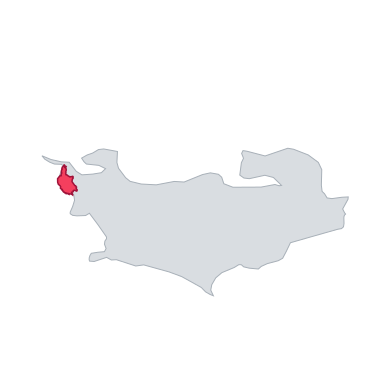 location of Corredores, Puntarenas, Costa Rica, rotated 144°
{"feature_id": "36466004B38265631296352", "entity_name": "Corredores", "entity_type": "district", "adm_level": 2, "iso_a3": "CRI", "parent_name": "Costa Rica", "parent_adm1": "Puntarenas", "projection": "orthographic", "projection_center": [-82.937, 8.537], "detail": "fine", "context": "in_parent", "style": "filled", "palette": "rose", "viewbox_px": 384, "rotation_deg": 144, "n_neighbors": 0, "source": "geoboundaries", "source_scale": "gbopen_adm2", "svg_char_len": 5177}
<svg xmlns="http://www.w3.org/2000/svg" viewBox="0 0 384 384"><g transform="rotate(144 192 192)"><path d="M315.5,196.3L315.0,197.7L313.8,199.2L311.9,200.6L309.5,201.6L303.6,198.6L297.9,195.2L294.7,196.8L293.5,201.2L291.3,203.5L288.7,204.4L287.6,205.9L287.3,221.0L287.5,235.1L291.9,235.5L299.2,240.4L302.3,243.3L303.3,246.0L302.4,247.3L297.1,250.4L291.9,254.3L289.3,259.2L293.8,267.1L294.8,272.4L294.6,278.1L293.4,280.7L283.3,287.2L281.1,289.5L281.3,291.1L286.9,295.5L289.6,299.8L291.8,305.0L292.1,309.5L287.0,301.2L280.0,293.2L273.9,288.3L273.5,276.8L271.0,270.6L261.9,264.9L254.0,260.9L248.2,261.7L251.7,268.3L261.0,276.7L261.6,280.0L261.4,284.3L255.1,283.6L249.5,281.9L242.7,281.3L238.1,278.7L228.5,268.6L235.4,260.0L237.5,254.4L237.3,242.6L235.8,237.0L228.4,228.3L216.7,218.8L200.2,211.0L192.5,204.7L173.2,199.9L165.9,196.7L160.2,190.8L159.3,186.5L161.4,180.0L156.1,171.8L133.3,155.4L120.5,149.3L117.8,145.8L115.7,144.7L117.6,155.9L123.2,162.7L137.8,169.1L141.8,172.8L143.4,177.6L134.8,186.7L130.5,189.0L129.2,194.0L126.4,195.5L123.5,192.6L111.7,178.2L88.8,171.1L84.7,166.9L76.2,153.7L72.4,141.7L73.9,133.8L83.4,121.4L86.4,116.0L85.8,112.7L86.2,107.8L82.7,104.4L74.1,99.8L68.5,96.2L70.1,94.4L80.1,89.7L80.8,85.4L80.7,83.9L82.4,83.6L83.8,82.5L84.7,81.3L87.5,77.2L89.9,74.8L92.6,74.5L96.0,76.2L108.5,80.8L122.4,85.9L142.2,93.1L150.5,88.6L157.6,85.1L162.6,85.7L173.2,89.8L179.7,91.1L183.6,90.7L190.4,96.7L194.2,101.1L194.8,104.1L196.8,105.7L202.2,106.1L215.2,109.2L223.2,108.6L230.5,105.4L234.5,101.6L235.7,95.5L237.6,98.5L239.7,103.2L240.6,109.3L250.0,129.5L257.5,140.8L273.9,161.4L281.0,165.2L293.0,181.7L297.2,184.4L299.5,189.3L312.0,193.3L315.5,196.3Z" fill="#d9dde1" stroke="#a8b0b8" stroke-width="1"/><path d="M284.7,260.5L284.4,260.7L284.2,260.8L283.9,260.9L283.8,261.0L283.6,261.4L283.7,261.6L283.8,261.9L283.8,262.2L283.8,262.3L283.6,262.4L283.6,262.5L283.5,262.8L283.5,263.2L283.4,263.3L283.2,263.5L282.9,263.6L282.6,263.7L282.5,263.8L282.5,264.0L282.6,264.3L282.7,264.5L282.6,264.8L282.5,265.1L282.5,265.4L282.5,265.5L283.0,266.0L283.0,270.9L281.2,272.8L280.8,272.8L280.4,272.8L280.2,273.0L279.9,273.3L280.0,273.6L279.9,273.7L279.7,273.7L279.5,273.9L279.4,274.1L279.2,274.3L279.2,274.6L279.3,274.8L279.5,274.9L279.7,275.0L279.8,275.0L280.3,275.1L280.5,275.3L280.8,275.5L281.0,275.6L281.3,275.8L281.6,275.8L281.9,275.9L281.9,276.0L282.0,276.5L282.3,276.8L282.4,277.0L282.6,277.3L282.7,277.5L282.7,277.9L282.8,278.0L282.9,278.3L282.9,278.5L283.0,278.7L283.1,278.9L283.1,279.4L283.2,279.5L283.3,279.7L283.4,279.8L283.6,279.9L283.8,280.0L283.8,280.3L283.7,280.4L283.6,280.5L283.3,281.1L283.2,281.2L283.2,281.4L283.1,281.5L282.9,281.6L282.7,281.7L282.6,281.8L282.5,282.0L282.4,282.1L282.3,282.3L282.2,282.5L282.0,282.8L281.9,282.9L281.7,283.0L281.3,283.3L281.0,283.5L280.9,283.6L280.6,284.1L280.5,284.3L280.4,284.4L280.3,284.5L280.2,284.8L280.2,285.3L280.0,285.6L279.9,285.8L279.7,286.0L279.3,286.4L279.0,286.5L278.9,286.5L278.9,286.8L279.0,286.9L279.6,286.9L279.8,286.8L279.9,286.7L280.0,286.6L280.3,286.4L280.5,286.6L279.8,287.6L279.5,287.8L279.4,287.9L279.4,288.0L279.3,288.5L279.4,289.0L279.5,289.1L279.9,288.9L280.1,288.9L280.3,288.8L280.4,288.7L280.6,288.6L280.9,288.4L281.6,288.4L281.8,288.3L282.2,288.3L282.3,288.3L282.3,288.2L282.8,287.9L283.0,287.7L283.3,287.4L283.5,287.4L283.6,287.2L283.8,286.9L283.9,286.6L284.0,286.6L284.3,286.6L284.5,286.4L284.8,286.1L285.0,286.0L285.2,285.9L285.3,285.7L285.5,285.4L285.8,285.1L285.8,284.9L285.9,284.7L286.0,284.6L286.0,284.4L286.3,284.3L286.5,284.2L286.5,283.7L287.9,282.9L288.2,282.1L289.5,282.7L290.0,282.5L292.9,281.8L295.0,278.8L295.6,276.8L295.5,276.7L295.4,276.7L295.4,275.9L295.4,275.7L295.3,275.3L295.2,275.2L295.0,274.6L295.1,274.4L295.1,274.1L295.2,273.7L295.2,273.4L295.4,273.3L295.5,273.2L295.8,272.9L296.0,272.7L296.2,272.4L296.3,272.2L296.2,272.0L296.1,271.9L296.1,271.6L296.0,271.3L296.0,271.2L295.9,271.2L295.8,270.9L295.7,270.7L295.5,270.4L295.8,270.2L295.9,269.8L296.0,269.7L295.9,269.6L295.9,269.4L295.7,269.3L295.7,269.2L295.8,269.2L295.8,268.9L295.8,268.7L295.9,268.4L295.9,268.2L296.0,268.1L295.9,267.8L295.9,267.7L295.9,267.4L295.7,267.2L295.4,267.0L295.4,266.8L295.5,266.7L295.4,266.5L295.4,266.4L295.3,266.2L295.3,265.9L295.2,265.9L295.1,266.0L294.9,265.9L294.8,265.7L294.7,265.6L294.5,265.4L294.6,265.2L294.8,265.1L294.9,264.7L294.7,264.5L294.4,264.6L294.2,264.5L294.0,264.4L293.9,264.1L293.5,264.0L293.3,263.9L293.2,263.8L293.1,263.7L293.3,263.3L293.3,263.2L293.2,263.1L293.2,262.9L293.0,262.7L292.9,262.5L292.8,262.2L292.6,262.3L292.4,262.6L292.1,262.5L291.9,262.4L291.7,262.2L291.4,261.8L291.3,261.7L291.2,261.5L291.1,261.4L291.0,261.2L290.9,261.0L290.6,260.8L290.6,260.7L290.4,260.2L290.3,259.7L290.2,259.8L290.1,260.0L289.9,260.3L289.8,260.6L289.8,260.9L289.8,261.2L289.9,261.5L289.8,261.8L289.7,262.1L289.7,262.3L289.6,262.5L289.3,262.4L289.2,262.4L289.1,262.2L288.7,262.2L288.2,262.1L287.7,262.3L287.6,262.5L287.3,262.7L287.3,262.8L287.2,262.8L286.9,262.9L286.7,262.8L286.5,262.7L286.4,262.7L286.2,262.5L286.0,262.3L285.9,262.3L285.8,262.1L285.5,261.8L285.5,261.7L285.4,261.4L285.2,261.2L285.0,260.9L284.9,260.7L284.7,260.5Z" fill="#f43f5e" stroke="#9f1239" stroke-width="1.5"/></g></svg>